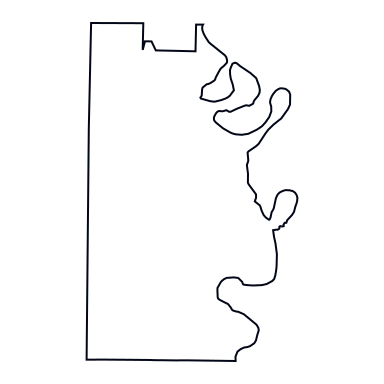 the district of Chicot, Arkansas, United States of America
{"feature_id": "52423323B43837481936937", "entity_name": "Chicot", "entity_type": "district", "adm_level": 2, "iso_a3": "USA", "parent_name": "United States of America", "parent_adm1": "Arkansas", "projection": "albers", "projection_center": [-91.16, 33.284], "detail": "fine", "context": "isolated", "style": "outline", "palette": "ink", "viewbox_px": 384, "rotation_deg": 0, "n_neighbors": 0, "source": "geoboundaries", "source_scale": "gbopen_adm2", "svg_char_len": 2838}
<svg xmlns="http://www.w3.org/2000/svg" viewBox="0 0 384 384"><path d="M185.5,360.3L235.6,361.0L235.5,356.6L237.5,351.6L240.6,349.2L243.8,347.6L247.6,347.0L250.1,346.1L254.3,343.2L256.0,340.3L257.2,335.3L258.7,330.5L258.7,329.7L258.3,327.7L256.5,324.7L243.8,314.2L238.3,311.8L235.7,311.4L232.8,310.4L231.8,309.5L231.2,308.1L228.1,304.1L220.5,300.3L218.4,298.9L217.9,298.1L217.7,297.3L217.4,290.3L217.5,287.9L220.8,282.1L221.9,280.9L224.1,279.1L226.7,277.9L233.9,277.4L237.8,277.9L238.5,278.2L242.2,281.9L242.8,283.9L243.5,284.6L247.1,285.1L253.0,285.5L261.9,285.1L266.8,284.0L272.4,280.9L274.1,279.1L275.2,275.8L275.6,273.7L276.3,269.4L276.6,265.8L276.9,254.3L275.5,243.6L274.0,236.6L273.1,230.2L276.0,229.7L277.6,229.7L279.2,228.7L279.4,228.3L279.4,226.7L280.2,226.1L282.0,226.5L283.7,226.2L283.5,224.6L284.7,222.8L286.3,222.8L287.2,220.2L292.1,214.9L294.0,211.8L295.4,206.5L296.6,203.2L297.2,200.6L297.4,197.7L296.6,195.0L295.1,192.7L293.0,191.2L289.7,190.3L285.6,190.1L282.8,190.9L279.8,192.4L278.4,193.7L277.2,195.3L275.9,198.3L273.8,208.1L273.2,209.6L271.6,212.3L270.5,217.6L269.4,219.7L268.9,219.7L265.8,217.5L263.6,215.0L261.7,210.8L260.2,206.1L259.7,205.3L254.8,201.4L256.1,197.6L256.0,194.3L248.7,184.4L247.9,182.7L248.0,173.7L246.9,165.3L247.1,164.0L247.8,162.5L248.3,160.4L247.6,152.8L247.8,152.2L248.6,151.3L256.2,146.1L258.6,143.9L265.5,133.4L268.2,129.8L273.5,124.6L281.3,118.4L287.9,109.2L290.0,104.7L290.2,94.7L290.0,94.1L289.1,91.7L286.6,89.6L285.2,88.8L281.7,88.3L280.0,88.4L278.0,89.3L275.7,90.9L273.1,94.1L271.8,96.3L270.5,99.3L270.1,101.7L270.1,102.9L271.2,106.5L271.3,111.5L269.2,117.1L265.3,122.6L262.0,126.2L257.0,129.6L248.3,133.8L241.7,134.8L235.5,134.3L232.6,133.5L230.1,132.4L223.0,128.3L216.1,122.7L214.4,120.8L214.0,119.8L213.9,118.2L214.1,116.8L215.9,113.4L217.2,111.9L218.8,111.0L222.6,111.3L226.4,110.2L228.9,111.7L230.5,111.8L237.0,108.7L244.9,105.6L246.3,105.3L249.2,105.8L252.8,103.9L253.5,102.8L253.5,102.0L254.5,100.1L258.2,95.7L259.6,92.4L259.8,89.6L259.0,85.7L256.2,78.1L250.4,73.0L240.0,66.0L238.6,64.8L236.6,63.2L234.9,62.7L232.5,63.7L230.9,67.3L230.0,70.0L230.1,74.4L230.8,78.7L232.7,84.4L233.9,90.3L229.9,95.7L227.7,97.4L225.1,98.7L221.2,100.1L215.1,101.6L213.3,101.6L209.8,101.1L200.8,98.5L200.4,97.5L201.2,96.5L201.7,95.5L202.1,89.5L202.6,87.6L206.8,84.2L208.4,84.0L210.7,82.9L214.2,80.6L215.1,79.6L215.7,77.6L218.7,71.9L220.7,68.6L223.9,65.9L225.8,63.9L227.0,62.5L227.1,60.3L226.3,57.2L224.9,55.3L210.7,43.9L208.8,42.2L205.3,36.8L203.5,33.3L202.3,29.8L202.2,27.0L202.7,25.1L203.0,24.6L196.1,24.6L195.5,51.3L155.8,50.4L151.5,41.4L145.0,41.3L142.7,49.9L143.3,23.2L91.1,23.0L88.8,128.5L86.6,359.7L90.2,359.7L99.1,359.6L104.3,359.6L129.3,359.8L151.1,360.0L152.7,360.1L154.4,360.1L155.1,360.1L156.4,360.2L161.7,360.2L175.7,360.4L185.5,360.3Z" fill="none" stroke="#020617" stroke-width="2"/></svg>